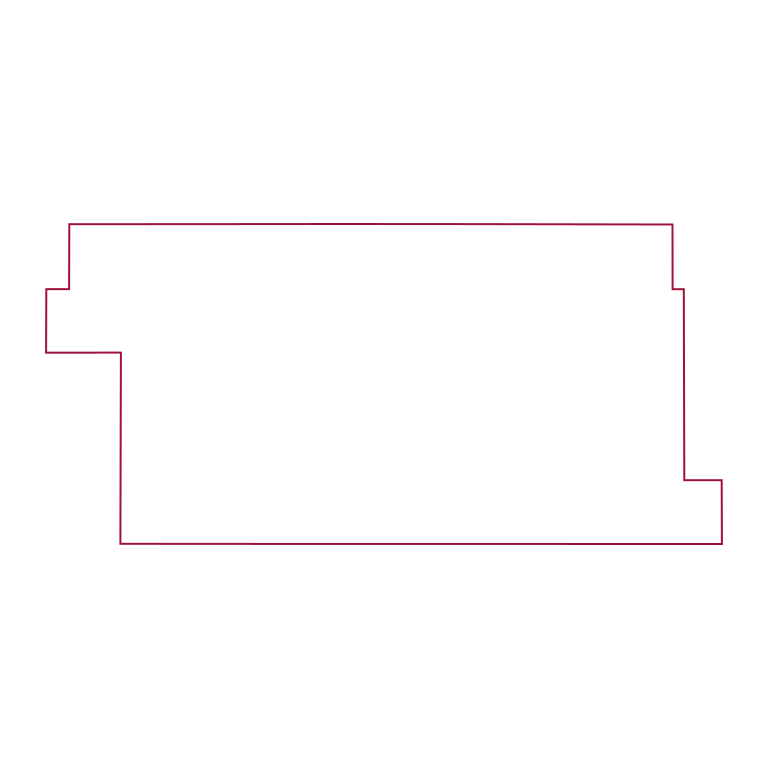 Daniels, Montana, United States of America
{"feature_id": "52423323B93152505552387", "entity_name": "Daniels", "entity_type": "district", "adm_level": 2, "iso_a3": "USA", "parent_name": "United States of America", "parent_adm1": "Montana", "projection": "equal_earth", "projection_center": [-105.604, 48.781], "detail": "fine", "context": "isolated", "style": "outline", "palette": "rose", "viewbox_px": 768, "rotation_deg": 0, "n_neighbors": 0, "source": "geoboundaries", "source_scale": "gbopen_adm2", "svg_char_len": 351}
<svg xmlns="http://www.w3.org/2000/svg" viewBox="0 0 768 768"><path d="M244.9,543.9L721.9,544.0L721.7,480.2L684.3,480.2L683.8,289.2L672.6,289.2L672.5,224.5L573.2,224.3L464.4,224.1L343.0,224.0L237.4,224.1L104.6,224.2L69.3,224.2L69.1,289.1L46.3,289.1L46.1,352.7L120.9,352.6L120.4,543.8L244.9,543.9Z" fill="none" stroke="#9f1239" stroke-width="2"/></svg>